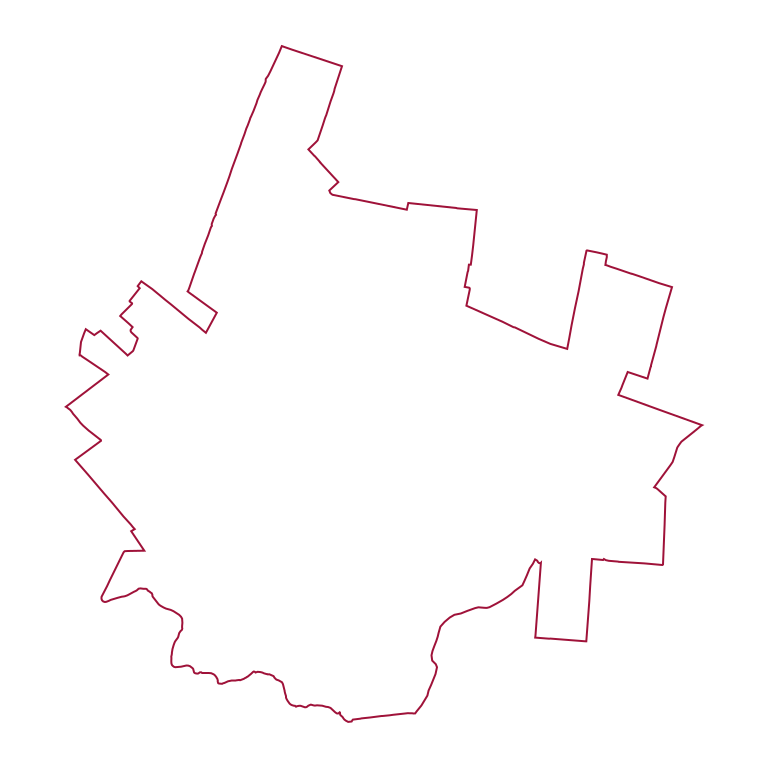 outline of Ileana, Calarasi, Romania
{"feature_id": "2599482B99093410988413", "entity_name": "Ileana", "entity_type": "district", "adm_level": 2, "iso_a3": "ROU", "parent_name": "Romania", "parent_adm1": "Calarasi", "projection": "orthographic", "projection_center": [26.682, 44.52], "detail": "fine", "context": "isolated", "style": "outline", "palette": "rose", "viewbox_px": 768, "rotation_deg": 0, "n_neighbors": 0, "source": "geoboundaries", "source_scale": "gbopen_adm2", "svg_char_len": 6085}
<svg xmlns="http://www.w3.org/2000/svg" viewBox="0 0 768 768"><path d="M586.3,641.3L589.3,601.2L590.2,585.8L592.0,559.0L593.5,559.1L603.1,560.0L603.9,559.0L605.7,560.1L608.8,560.8L618.2,561.6L618.6,561.8L644.5,563.4L662.3,565.0L662.8,564.7L663.0,564.5L664.6,524.8L665.3,502.6L665.7,496.4L657.2,488.8L656.0,488.0L654.2,487.3L670.7,464.8L672.6,462.0L672.8,461.5L674.3,457.1L677.3,447.5L678.7,445.4L681.0,442.2L681.5,441.6L696.5,429.6L700.9,425.9L702.1,425.2L659.6,409.9L618.3,394.9L621.5,387.7L622.4,385.2L627.7,372.0L647.5,378.6L650.6,367.0L651.0,366.5L651.0,365.4L651.4,363.9L656.3,346.0L656.5,344.9L663.5,316.8L665.9,308.0L672.0,287.1L659.2,283.2L638.9,276.1L631.7,273.7L631.5,273.8L616.9,268.8L611.0,266.9L606.4,265.2L605.4,265.0L605.9,261.3L606.8,257.1L606.8,255.9L606.8,254.7L602.3,253.6L596.5,252.3L587.0,250.4L586.8,250.5L586.5,250.7L583.9,262.8L583.9,263.4L583.9,264.3L582.8,268.7L578.6,291.2L575.0,308.0L571.6,325.1L569.3,337.9L567.2,348.9L550.4,343.9L538.8,338.9L514.9,327.4L513.5,327.2L502.8,321.9L466.4,305.7L469.7,289.9L469.8,288.7L469.7,288.2L469.1,287.7L464.7,286.9L467.6,272.1L468.1,270.9L468.9,264.7L470.8,264.7L472.0,255.7L473.2,245.4L476.8,210.0L457.1,208.3L456.4,208.0L408.3,203.0L406.8,209.7L371.1,202.4L355.3,199.2L353.9,199.1L332.6,194.8L331.8,194.3L330.3,193.0L329.3,190.5L338.3,182.1L320.2,162.5L320.3,162.4L314.9,156.2L314.4,155.9L309.2,150.3L308.4,149.4L315.6,142.5L317.6,140.4L322.8,125.1L324.9,118.5L325.6,116.6L326.2,115.3L330.6,101.3L333.5,93.3L334.2,91.0L334.6,88.9L342.0,66.2L292.2,49.7L281.8,46.1L279.1,52.7L270.3,71.5L268.1,75.8L265.8,78.9L265.7,79.6L265.7,80.6L265.6,81.8L264.7,83.9L262.3,88.8L260.7,92.2L259.8,94.6L257.4,100.1L256.5,103.2L253.4,111.2L250.8,117.1L250.5,117.5L249.6,120.3L247.7,125.4L246.3,128.6L244.5,134.1L241.1,143.1L241.1,143.5L237.6,153.3L231.8,169.0L229.5,176.1L227.3,182.3L223.5,192.6L221.0,199.1L215.6,213.5L216.0,214.8L215.7,215.0L215.0,216.1L213.7,218.5L212.6,221.6L211.8,223.7L211.7,224.6L211.9,225.8L211.7,226.3L211.3,226.6L210.6,228.2L208.2,235.3L204.8,243.9L202.1,251.7L201.9,253.3L200.8,255.7L199.6,258.8L194.6,272.6L194.3,273.3L189.3,287.8L188.3,290.4L187.6,291.4L189.8,293.1L216.8,312.7L205.9,332.8L202.2,329.8L199.7,327.5L188.5,318.9L171.1,304.5L165.2,299.8L152.3,289.1L141.3,281.3L137.7,286.1L139.7,288.2L129.6,300.9L129.6,301.2L129.7,301.5L132.0,303.2L132.1,303.6L131.9,304.1L121.5,314.4L120.2,316.0L128.5,323.3L132.6,327.1L130.7,329.8L130.6,330.7L130.8,331.5L131.4,332.4L137.5,338.0L137.7,338.6L133.4,350.3L132.9,351.1L127.6,355.5L125.9,353.8L100.6,330.7L97.3,332.9L94.3,335.1L85.8,329.2L84.1,333.3L81.0,342.0L79.9,352.5L79.5,354.9L79.6,355.3L80.1,355.1L80.6,355.3L82.3,356.7L86.4,359.4L105.1,372.0L108.3,374.5L65.9,406.8L67.0,407.4L67.8,408.1L70.1,409.8L70.9,410.7L72.0,412.1L73.0,413.7L77.4,418.8L80.3,422.7L83.2,425.7L88.6,430.5L100.9,440.1L101.0,440.8L75.1,459.8L88.1,474.7L104.1,493.5L111.8,502.3L123.5,516.5L130.9,524.6L132.7,526.9L134.7,529.1L131.2,531.2L144.3,550.7L127.8,551.0L124.7,551.2L124.1,551.7L123.5,552.5L122.0,555.5L109.9,580.1L107.1,586.1L101.6,596.7L101.5,597.3L101.5,598.9L102.1,600.4L103.3,601.5L104.9,602.0L106.3,601.8L108.7,600.9L110.7,599.9L117.7,597.8L121.8,596.7L123.5,596.5L125.0,596.2L127.2,595.4L128.4,594.8L134.1,591.7L135.7,591.0L137.0,590.2L138.6,588.7L140.5,588.4L143.4,588.8L146.0,588.8L146.7,589.1L147.3,589.7L147.7,590.5L149.8,591.8L150.4,592.4L151.7,593.2L152.3,594.5L152.4,595.0L152.4,595.9L152.8,596.8L158.4,604.0L159.2,604.8L160.6,605.8L163.6,607.5L166.0,608.6L170.7,609.9L173.5,611.2L179.1,614.8L181.0,616.7L182.1,618.6L182.4,622.9L182.1,626.1L182.1,627.7L182.3,628.5L182.0,629.7L180.4,631.3L179.2,633.1L178.2,636.9L177.7,637.9L175.4,641.0L174.7,642.2L173.7,644.9L172.5,649.0L171.9,652.7L171.9,653.5L171.7,654.9L171.3,656.5L171.4,658.1L171.3,661.1L171.4,663.2L171.7,664.3L172.1,665.2L172.9,666.0L174.1,666.9L175.4,667.2L181.1,666.7L186.4,665.5L188.2,665.6L190.0,666.2L192.6,668.2L193.2,669.0L194.0,672.2L194.5,672.9L195.4,673.3L197.1,673.6L198.2,673.5L200.0,672.3L201.2,672.3L202.1,673.0L202.6,673.0L208.7,673.0L211.2,673.2L213.6,674.3L214.5,674.9L215.5,676.0L216.4,677.2L216.7,677.9L217.2,678.5L217.8,680.5L217.7,681.3L218.1,683.0L218.5,683.4L219.5,683.6L222.1,683.8L223.3,683.2L224.3,683.0L228.0,681.3L231.8,680.5L235.6,680.5L236.6,680.3L238.9,680.0L239.5,680.0L239.8,680.2L240.2,680.2L243.9,678.8L244.8,678.2L246.4,677.4L246.8,677.0L247.6,676.7L248.0,676.3L248.2,676.2L251.1,673.8L253.1,671.9L253.9,671.5L255.1,672.0L255.5,672.5L257.7,671.8L260.6,672.1L262.5,672.6L263.9,673.3L266.7,674.1L267.3,674.1L267.8,674.4L269.4,674.3L273.5,676.1L274.0,676.8L274.3,677.5L274.9,678.1L275.2,678.5L276.4,679.6L278.7,680.4L281.9,682.2L282.6,683.4L283.0,684.3L284.6,690.7L284.7,691.6L285.1,693.3L286.0,696.1L286.0,697.5L286.3,698.4L286.8,699.4L287.6,700.8L289.6,703.6L290.7,704.5L291.8,705.1L293.7,705.7L295.0,705.8L295.8,706.6L296.3,706.6L296.9,706.2L297.6,706.1L299.1,705.8L300.6,705.8L305.0,707.3L306.1,707.2L307.0,706.8L308.3,705.7L310.6,704.7L311.1,704.7L313.6,705.4L314.9,705.6L317.1,705.3L322.2,705.7L326.0,706.8L328.0,707.0L329.7,707.6L330.6,708.0L335.1,712.2L336.2,713.0L337.1,713.5L338.4,713.4L339.7,712.3L339.9,712.5L340.0,712.7L340.1,714.3L340.3,714.8L340.5,715.2L341.9,716.4L342.8,717.3L343.3,718.2L344.3,719.5L345.9,720.7L348.2,721.9L351.6,721.5L352.4,720.2L352.9,719.6L360.3,718.7L361.4,718.4L370.0,717.5L381.6,716.0L382.5,716.0L389.6,715.3L393.1,714.8L406.0,713.4L407.5,713.2L412.5,713.3L413.3,713.5L415.2,713.4L416.6,711.4L421.4,705.5L427.4,695.6L428.6,690.5L431.1,685.0L435.5,674.1L437.0,667.2L435.8,664.2L432.2,660.6L431.5,655.3L432.5,651.0L434.3,646.1L436.3,641.0L437.7,636.7L438.6,632.9L440.4,626.6L444.6,621.9L449.8,617.5L454.4,614.8L460.8,613.5L467.3,610.9L475.1,608.1L478.4,607.3L484.3,607.8L486.8,607.9L489.5,607.2L496.4,603.6L502.9,599.9L507.3,597.0L511.3,594.0L514.8,590.8L522.4,585.3L524.3,581.2L526.9,575.3L529.7,568.4L532.9,563.8L535.1,559.4L537.1,560.6L537.4,561.0L537.9,562.0L539.0,563.0L539.7,563.2L540.4,563.3L540.9,562.8L535.5,635.2L535.2,637.6L549.2,638.7L550.5,638.6L585.3,641.3L586.3,641.3Z" fill="none" stroke="#9f1239" stroke-width="2"/></svg>